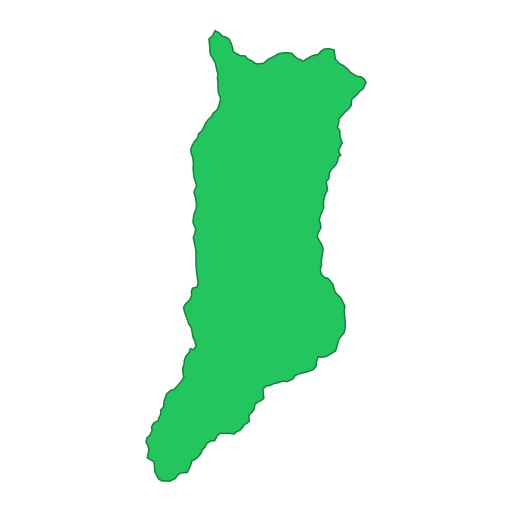 outline of Flórida Paulista, São Paulo, Brazil
{"feature_id": "56859067B82838565054895", "entity_name": "Flórida Paulista", "entity_type": "district", "adm_level": 2, "iso_a3": "BRA", "parent_name": "Brazil", "parent_adm1": "São Paulo", "projection": "natural_earth1", "projection_center": [-51.174, -21.549], "detail": "fine", "context": "isolated", "style": "filled", "palette": "green", "viewbox_px": 512, "rotation_deg": 0, "n_neighbors": 0, "source": "geoboundaries", "source_scale": "gbopen_adm2", "svg_char_len": 3437}
<svg xmlns="http://www.w3.org/2000/svg" viewBox="0 0 512 512"><path d="M366.0,82.5L363.9,78.8L361.0,76.8L357.7,76.5L354.4,74.9L350.5,72.3L347.7,69.2L343.3,65.5L339.1,63.4L335.5,59.3L334.7,54.7L334.0,49.8L328.8,48.7L324.3,49.0L320.7,51.6L317.8,54.7L314.3,55.1L311.5,56.2L305.9,59.3L303.6,61.3L300.8,59.8L297.5,58.7L294.3,56.0L291.9,53.4L287.5,52.7L282.9,52.9L278.4,53.8L275.2,55.8L271.6,57.6L268.0,59.4L263.6,63.3L258.8,63.8L255.8,63.8L251.6,60.7L247.5,58.9L244.9,55.8L240.3,55.8L233.6,52.0L231.9,45.6L230.7,42.4L228.7,38.7L225.8,37.1L222.3,36.2L219.0,32.7L215.0,30.7L212.5,35.8L209.0,38.9L209.4,43.7L209.8,47.5L209.8,50.9L210.3,54.4L212.8,58.4L215.3,62.9L216.7,69.6L218.0,74.2L217.4,78.1L218.1,84.5L218.0,89.6L218.6,93.4L220.6,98.1L219.6,103.2L218.2,107.6L216.8,110.3L213.3,113.0L210.9,117.3L208.4,119.4L205.9,122.8L204.5,125.7L202.0,130.8L198.6,133.7L197.6,137.9L194.5,141.4L192.0,145.9L190.7,149.5L191.3,153.5L192.9,158.2L193.4,164.0L193.1,168.5L193.5,173.4L194.2,178.0L196.7,185.8L193.9,192.0L195.4,197.5L196.5,204.3L196.1,209.0L193.9,214.2L192.9,222.1L194.2,225.4L195.6,228.8L195.1,232.6L193.3,237.7L194.4,243.0L195.3,247.1L196.0,252.1L196.0,258.8L195.9,263.4L196.4,270.3L197.4,278.2L198.2,282.9L197.0,287.1L192.5,288.2L191.3,292.0L191.7,295.5L189.7,300.0L185.7,303.7L183.6,307.4L184.4,311.6L185.7,315.1L187.5,319.8L188.6,323.6L191.3,327.6L192.2,332.8L192.9,336.7L194.8,341.1L196.1,346.1L193.6,349.7L190.3,348.7L188.9,352.9L186.1,355.8L184.3,360.3L184.1,364.1L182.8,367.9L182.9,372.5L183.8,377.2L181.6,380.7L178.3,385.0L176.0,387.5L173.6,389.7L170.7,390.3L166.6,393.9L164.0,401.3L163.6,407.0L160.9,409.7L160.5,414.8L159.0,417.7L157.9,421.0L153.9,422.8L151.5,426.9L152.1,430.3L149.9,435.3L147.0,437.8L146.0,442.1L147.8,445.3L148.9,449.5L148.3,453.0L147.2,457.8L154.0,461.8L154.5,467.1L154.8,471.8L156.5,474.9L158.8,479.3L162.6,481.1L166.3,480.9L169.5,481.3L175.3,478.5L177.3,475.4L180.9,472.9L184.3,472.7L187.2,472.5L189.3,468.2L190.9,464.4L191.9,460.8L195.1,459.3L197.8,457.2L201.0,453.1L202.3,449.7L204.8,447.3L206.7,443.6L210.4,441.1L214.7,440.7L217.3,435.5L220.5,433.1L223.7,433.5L228.0,433.3L231.0,433.5L233.9,434.1L236.2,432.0L239.9,430.3L242.6,427.4L244.2,424.6L247.2,423.1L249.5,420.9L248.9,417.7L249.5,414.2L252.2,412.1L254.1,409.0L255.0,404.4L257.6,402.1L260.9,400.6L263.8,398.5L263.5,394.7L262.9,389.0L266.2,385.9L269.7,385.5L273.8,383.6L278.7,382.6L282.6,381.0L286.7,381.6L289.7,380.5L293.3,378.5L295.1,375.6L298.1,374.2L301.4,373.2L304.7,372.5L308.4,371.4L313.3,369.6L316.1,366.2L316.4,362.0L317.9,357.1L322.3,357.1L326.3,356.5L331.0,353.6L335.6,350.9L336.5,347.8L337.6,343.7L339.2,338.7L341.5,335.7L344.0,332.9L345.2,328.4L345.2,322.0L344.6,316.0L344.3,310.2L344.9,306.2L342.9,302.2L340.7,297.7L337.7,294.9L335.2,292.2L334.1,288.8L332.9,284.4L330.4,281.1L327.8,278.3L324.3,277.3L321.4,274.4L320.2,269.3L321.6,265.1L321.3,261.2L321.9,256.8L322.6,252.8L323.1,249.6L322.0,245.2L319.4,240.6L317.1,236.5L318.1,232.9L320.8,228.0L320.5,223.7L319.3,220.5L320.3,215.7L322.3,211.2L323.7,207.2L323.4,202.4L324.8,195.4L327.6,189.8L326.9,186.0L326.3,181.6L329.0,178.4L329.2,173.5L331.6,169.2L334.0,166.7L336.1,164.4L337.6,161.1L338.2,157.1L340.7,155.2L338.5,150.8L340.2,147.2L342.2,142.8L340.0,136.6L339.8,130.8L337.4,127.2L338.7,122.5L339.1,118.6L342.6,114.8L345.7,111.4L348.5,109.2L351.2,105.4L351.7,99.2L355.3,96.3L357.9,93.5L360.1,90.9L362.9,89.0L364.4,86.1L366.0,82.5Z" fill="#22c55e" stroke="#15803d" stroke-width="1.5"/></svg>